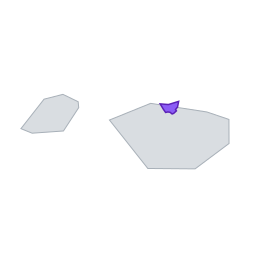 Pembroke highlighted on a map of Malta, rotated 322°
{"feature_id": "MLT-5934", "entity_name": "Pembroke", "entity_type": "state/province", "adm_level": 1, "iso_a3": "MLT", "parent_name": "Malta", "parent_adm1": "", "projection": "equal_earth", "projection_center": [14.475, 35.933], "detail": "fine", "context": "in_parent", "style": "filled", "palette": "violet", "viewbox_px": 256, "rotation_deg": 322, "n_neighbors": 0, "source": "natural_earth", "source_scale": "10m", "svg_char_len": 569}
<svg xmlns="http://www.w3.org/2000/svg" viewBox="0 0 256 256"><g transform="rotate(322 128 128)"><path d="M212.8,183.4L198.1,202.4L155.7,201.5L118.7,172.1L118.3,110.3L161.0,122.5L200.0,163.9L212.8,183.4ZM101.7,81.6L75.3,90.6L49.3,73.1L43.2,62.6L79.6,53.6L97.4,61.4L104.9,76.6L101.7,81.6Z" fill="#d9dde1" stroke="#a8b0b8" stroke-width="1"/><path d="M168.2,128.8L174.3,134.4L184.3,138.2L179.9,142.0L176.8,142.7L176.7,144.3L173.0,144.6L171.4,144.1L170.8,141.5L169.3,139.9L167.2,138.9L167.4,135.1L168.2,128.8Z" fill="#8b5cf6" stroke="#5b21b6" stroke-width="1.5"/></g></svg>